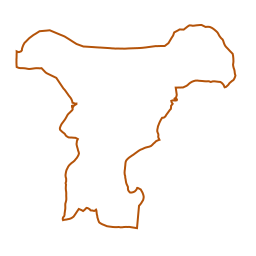 outline of Ku'aydinah, Hajjah, Yemen, rotated 88°
{"feature_id": "15242507B26169260519546", "entity_name": "Ku'aydinah", "entity_type": "district", "adm_level": 2, "iso_a3": "YEM", "parent_name": "Yemen", "parent_adm1": "Hajjah", "projection": "natural_earth1", "projection_center": [43.351, 15.819], "detail": "fine", "context": "isolated", "style": "outline", "palette": "amber", "viewbox_px": 256, "rotation_deg": 88, "n_neighbors": 0, "source": "geoboundaries", "source_scale": "gbopen_adm2", "svg_char_len": 5686}
<svg xmlns="http://www.w3.org/2000/svg" viewBox="0 0 256 256"><g transform="rotate(88 128 128)"><path d="M34.1,78.5L37.2,79.7L39.3,81.2L44.6,84.6L47.3,88.4L47.2,92.0L47.2,96.5L47.1,97.2L47.2,98.3L47.9,105.5L48.1,107.3L48.4,111.3L48.4,111.5L48.5,114.1L48.5,117.9L48.5,124.8L48.6,127.9L48.6,128.1L48.6,128.4L48.2,136.0L48.2,137.8L48.0,139.4L47.8,141.7L47.6,143.0L46.6,153.1L46.6,153.4L46.3,156.6L46.1,158.4L46.1,159.0L46.0,159.3L45.7,162.4L45.2,167.4L45.0,169.7L42.2,176.6L41.9,177.0L39.4,180.7L38.9,181.4L37.1,184.0L34.3,188.2L33.1,190.8L32.5,192.2L30.1,197.4L27.6,202.8L27.8,205.6L28.0,209.3L28.2,213.0L30.6,217.1L31.8,219.3L34.8,223.6L38.7,227.7L39.1,228.3L41.4,229.7L43.5,230.6L45.2,231.2L46.5,231.3L47.6,232.1L48.3,234.0L48.3,234.9L47.8,236.0L47.5,236.6L48.6,236.6L50.3,236.7L51.0,236.8L52.0,236.8L53.5,236.9L54.9,237.0L55.1,237.1L56.8,237.1L58.4,237.2L60.0,237.2L61.6,237.2L63.2,237.1L64.1,235.1L64.4,233.5L64.5,231.6L64.6,230.0L64.9,228.1L65.3,226.4L65.6,224.8L65.5,223.1L65.3,221.0L65.1,219.2L65.0,217.5L65.1,215.8L65.1,215.6L65.3,214.1L65.2,212.3L66.8,210.9L68.5,209.4L69.7,208.3L70.6,207.0L75.4,197.9L86.2,191.2L87.7,189.9L89.3,188.8L90.1,188.3L90.7,187.9L91.0,187.7L92.2,186.9L93.5,186.1L94.8,185.1L96.2,184.1L97.6,183.4L99.1,182.9L100.8,182.6L101.9,179.5L101.8,178.7L102.3,178.7L103.7,181.3L103.7,182.6L103.9,183.2L104.1,183.2L104.4,182.3L104.7,181.9L105.0,182.1L105.3,182.3L105.2,182.7L105.4,183.1L105.9,183.0L106.5,182.7L107.1,182.6L107.5,182.7L108.3,183.2L109.4,184.4L110.6,185.7L111.8,187.1L113.0,188.1L114.4,188.9L115.9,189.8L117.3,190.7L118.8,191.9L120.2,193.0L121.4,194.0L122.7,194.8L124.4,195.6L125.8,196.1L127.3,196.0L128.6,194.8L129.8,193.6L130.8,192.3L131.9,191.2L133.4,190.4L133.5,190.3L134.4,189.2L135.3,187.8L135.5,186.1L135.6,184.4L135.8,182.8L136.0,180.8L137.3,178.5L139.2,179.5L140.6,179.7L142.2,180.0L143.7,179.8L145.5,179.4L147.0,179.0L148.7,178.7L150.1,178.2L151.7,177.9L153.2,178.4L154.6,179.2L156.1,180.2L157.5,181.5L158.8,182.6L160.0,184.1L161.0,185.6L162.0,186.8L163.2,188.1L164.5,189.1L166.2,190.0L167.8,190.9L169.4,191.4L171.2,191.8L172.9,192.1L174.8,192.0L176.2,191.6L177.8,191.6L179.3,191.7L180.9,192.3L182.6,191.9L182.9,192.0L184.8,192.2L186.4,192.3L188.2,192.2L189.8,192.0L190.9,192.0L191.6,192.0L193.2,192.1L194.8,192.1L196.3,192.1L197.8,192.2L199.7,192.7L201.5,193.3L203.1,193.4L204.9,193.4L206.5,193.5L208.2,193.8L209.9,194.1L211.6,194.4L212.4,194.4L214.0,194.9L214.5,195.5L215.1,196.0L215.6,196.2L216.5,196.4L217.2,196.3L217.4,196.3L217.5,196.2L217.8,196.1L217.7,195.8L217.4,193.9L217.4,193.3L217.2,192.0L217.0,191.2L216.9,190.1L216.4,188.4L215.7,187.0L214.7,185.5L213.4,184.5L211.9,183.4L210.5,182.4L209.1,181.4L207.2,180.0L208.4,177.4L209.4,175.8L208.4,174.4L206.4,172.3L206.6,171.2L207.8,169.2L209.0,168.3L209.1,167.7L209.2,166.5L209.5,165.5L209.7,164.7L209.6,164.2L209.3,163.8L208.5,162.8L209.2,162.5L210.2,162.4L211.5,162.3L213.0,162.2L214.7,161.8L216.2,161.7L218.0,161.2L219.5,160.8L221.3,160.1L222.3,158.8L223.3,157.1L223.8,156.0L224.0,155.5L224.7,154.0L225.4,152.5L225.8,150.4L226.1,148.5L226.4,146.7L226.6,144.7L226.7,142.5L226.6,140.8L227.0,138.9L227.0,137.2L226.8,135.4L226.8,133.6L226.9,131.9L226.9,130.1L228.4,122.5L206.1,119.7L205.7,119.3L204.9,118.5L203.4,117.3L202.0,116.4L200.7,115.5L200.2,115.3L199.1,115.0L197.5,114.7L196.0,114.9L194.8,115.2L194.5,115.3L193.0,115.8L191.5,116.6L189.9,117.4L188.2,120.4L188.2,120.9L188.8,121.1L190.1,121.9L191.5,123.3L192.2,124.7L192.6,126.4L192.6,128.1L191.5,129.2L190.1,130.0L188.6,130.2L187.0,130.1L185.5,130.7L183.9,131.4L182.4,131.8L180.8,132.0L179.1,132.2L177.5,132.5L176.0,132.5L174.4,132.9L172.5,133.0L170.5,132.8L168.9,132.5L167.1,132.3L165.1,132.0L163.3,131.8L161.8,131.5L160.4,130.9L159.0,129.6L157.8,128.2L156.8,126.7L156.3,125.9L155.7,125.0L154.9,123.6L153.7,121.9L152.7,120.4L151.8,119.1L150.9,117.7L150.1,116.2L149.5,114.4L148.8,112.8L148.6,112.3L148.2,111.2L147.8,109.4L147.7,108.9L147.4,107.4L146.8,105.7L145.7,104.3L144.4,103.0L143.4,101.7L142.2,100.5L141.3,98.4L140.9,97.0L140.7,97.1L140.2,97.3L139.8,97.5L139.6,97.5L139.3,97.7L139.0,97.8L138.8,97.9L138.6,98.0L137.4,98.1L137.2,98.0L136.7,97.9L135.2,97.9L134.2,98.3L133.7,98.5L132.2,98.9L130.4,98.7L128.9,98.3L127.4,98.0L125.9,97.3L124.9,96.9L124.7,96.8L124.4,96.7L122.6,95.8L121.0,94.9L119.6,94.0L119.0,93.6L118.9,91.9L117.8,90.3L116.2,89.3L113.7,87.3L111.6,85.7L110.4,84.5L109.2,84.3L108.3,84.2L107.4,84.2L107.0,83.9L106.3,83.3L105.4,82.5L104.0,83.4L103.5,83.6L102.4,83.8L102.3,83.5L102.0,82.6L102.0,82.2L102.0,81.4L102.1,81.0L102.2,80.1L102.2,79.2L102.0,78.3L101.1,78.1L100.8,78.4L101.0,79.0L101.0,79.7L100.9,80.0L100.7,80.3L100.4,80.5L100.2,80.5L100.1,80.4L100.0,80.2L100.0,79.9L99.7,79.4L98.5,78.6L98.3,78.6L96.6,78.1L89.3,78.9L89.4,71.6L88.7,69.9L87.9,68.0L87.0,66.7L85.9,65.5L84.9,64.1L84.0,62.4L83.4,60.7L83.0,58.9L83.0,57.3L83.0,57.1L83.3,55.3L83.5,53.4L83.7,51.6L84.0,49.5L84.1,47.7L84.1,45.6L84.9,43.7L84.3,41.5L84.4,39.7L84.7,37.8L85.0,35.9L85.2,34.1L86.1,32.8L87.3,31.7L88.6,30.8L90.1,30.3L90.7,30.0L90.4,28.7L89.3,27.3L88.2,26.1L86.9,25.2L85.8,23.9L84.7,22.5L83.8,21.0L82.5,20.1L81.0,19.4L79.4,18.8L78.9,18.9L77.9,19.2L76.4,19.4L74.8,19.5L73.2,19.8L71.7,20.3L69.7,20.7L68.2,20.8L66.7,20.5L65.2,20.3L63.7,20.3L62.1,20.3L60.6,20.4L59.2,20.5L58.2,20.7L57.5,20.8L56.2,22.0L54.8,23.3L53.5,24.4L52.1,25.6L50.7,26.9L49.4,27.9L47.8,28.7L46.0,29.3L44.2,29.8L42.8,30.4L41.7,31.6L40.4,32.6L38.9,33.6L37.6,34.2L37.2,34.4L35.7,35.2L34.5,36.3L33.1,37.8L31.9,39.2L31.2,40.2L30.9,40.6L30.0,42.4L29.7,43.6L29.6,44.9L29.7,47.0L27.6,50.9L27.6,52.7L27.7,54.5L27.8,56.3L28.0,58.1L28.1,59.7L27.7,61.4L27.6,63.1L28.6,64.8L31.6,68.9L31.6,69.0L31.3,73.0L32.0,74.2L34.1,78.5Z" fill="none" stroke="#b45309" stroke-width="2"/></g></svg>